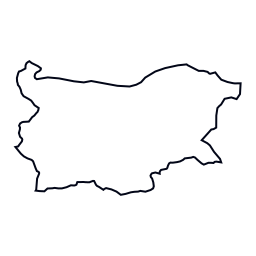 SVG path tracing the border of Bulgaria
{"feature_id": "BGR", "entity_name": "Bulgaria", "entity_type": "country or territory", "adm_level": 0, "iso_a3": "BGR", "parent_name": "Europe", "parent_adm1": "", "projection": "robinson", "projection_center": [24.961, 42.741], "detail": "fine", "context": "isolated", "style": "outline", "palette": "ink", "viewbox_px": 256, "rotation_deg": 0, "n_neighbors": 0, "source": "natural_earth", "source_scale": "50m", "svg_char_len": 2126}
<svg xmlns="http://www.w3.org/2000/svg" viewBox="0 0 256 256"><path d="M221.2,162.4L216.3,161.6L214.6,161.9L213.5,163.0L211.2,162.8L208.4,162.8L205.4,164.0L203.8,164.6L201.6,163.4L197.5,159.9L195.0,157.5L193.2,156.9L191.3,157.6L184.7,158.4L183.2,159.8L180.1,161.4L177.1,162.1L172.7,162.7L170.4,162.6L169.1,163.4L168.0,165.6L167.3,167.9L166.6,168.8L161.1,169.9L160.0,171.2L159.6,172.4L159.7,173.7L155.4,172.5L152.0,173.3L151.2,174.2L150.5,175.6L150.9,177.1L152.1,178.5L153.3,182.4L153.8,186.3L153.1,188.4L150.6,190.0L145.4,191.7L140.3,190.9L138.1,191.6L134.3,191.8L130.9,192.3L125.6,193.9L120.8,194.8L116.5,191.6L111.4,189.4L106.1,188.1L104.2,189.0L103.4,189.8L99.0,186.9L97.0,185.9L96.0,184.8L94.1,181.0L93.0,180.9L89.3,182.3L85.8,182.2L83.6,182.0L77.3,182.1L76.4,184.7L75.7,185.1L74.3,185.5L70.9,185.3L66.6,187.2L61.9,188.4L58.3,188.4L54.6,187.9L52.3,188.3L47.5,188.5L44.4,191.3L39.7,191.1L35.7,190.6L36.2,189.8L37.1,178.6L39.1,173.7L39.1,172.6L38.6,171.9L36.9,171.1L35.7,168.4L33.1,161.3L31.6,159.9L27.5,158.4L23.9,156.4L20.9,153.7L15.4,147.0L18.2,146.4L19.1,145.0L21.9,141.4L22.3,139.6L22.0,138.6L20.1,136.8L18.9,133.0L19.9,129.4L20.0,127.5L19.1,125.7L20.1,123.5L22.1,122.2L23.4,121.9L28.8,121.6L32.2,117.1L34.3,115.6L36.4,113.0L37.4,112.1L38.3,110.1L38.7,108.0L34.5,105.2L33.0,103.0L31.2,100.6L28.7,99.0L23.6,96.2L21.6,93.3L20.7,89.6L19.4,86.7L17.9,84.9L17.7,83.4L17.1,81.6L16.9,78.0L18.2,73.2L19.0,71.5L20.8,71.0L25.4,68.5L25.6,65.2L26.5,63.2L28.0,62.0L29.3,61.2L31.8,63.1L37.9,66.1L40.9,68.3L40.7,69.7L39.3,71.1L36.6,72.4L35.1,74.1L34.6,76.3L35.0,77.9L36.8,79.2L47.8,77.4L59.0,78.4L73.9,81.3L83.8,82.4L91.2,81.0L104.8,83.5L117.4,85.8L129.6,86.5L136.3,84.7L141.1,82.2L145.2,77.6L155.3,71.5L165.1,68.1L178.0,65.3L186.6,64.4L187.8,65.3L198.8,70.9L203.6,70.9L207.6,71.9L209.1,73.4L210.1,73.8L215.3,72.4L217.6,75.5L221.3,79.7L227.5,82.0L233.1,83.2L234.8,83.4L240.6,83.3L240.0,94.1L236.6,99.1L231.3,97.4L224.6,98.8L221.1,104.5L219.2,106.1L217.4,108.1L216.3,115.5L216.2,127.6L213.6,129.1L211.3,129.5L201.7,140.2L207.3,143.2L209.9,145.4L214.0,151.8L220.0,158.9L221.2,162.4Z" fill="none" stroke="#020617" stroke-width="2"/></svg>